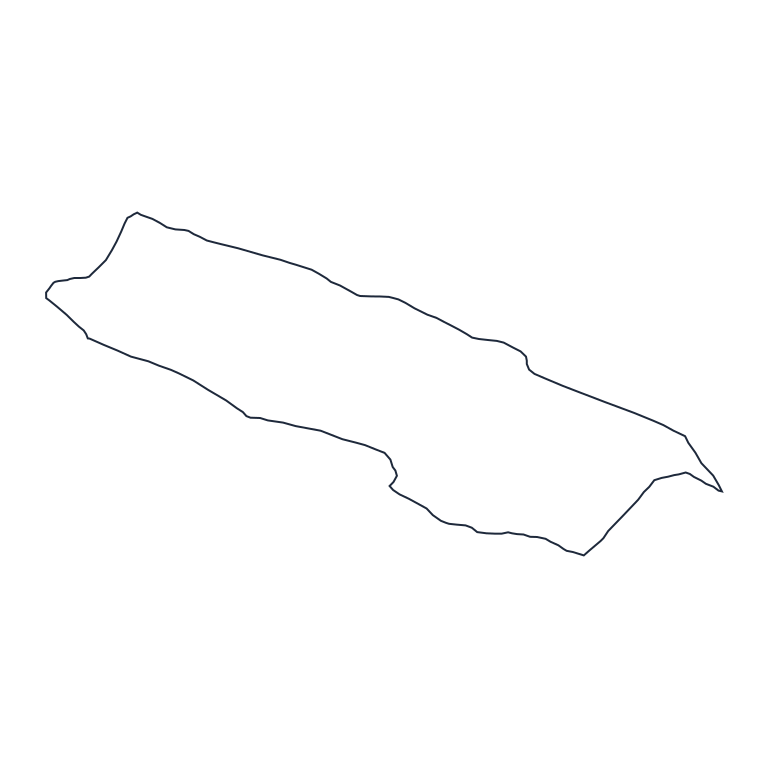 the district of Jokkmokk, Norrbotten, Sweden
{"feature_id": "70781695B36834641182296", "entity_name": "Jokkmokk", "entity_type": "district", "adm_level": 2, "iso_a3": "SWE", "parent_name": "Sweden", "parent_adm1": "Norrbotten", "projection": "robinson", "projection_center": [18.54, 66.923], "detail": "fine", "context": "isolated", "style": "outline", "palette": "slate", "viewbox_px": 768, "rotation_deg": 0, "n_neighbors": 0, "source": "geoboundaries", "source_scale": "gbopen_adm2", "svg_char_len": 2321}
<svg xmlns="http://www.w3.org/2000/svg" viewBox="0 0 768 768"><path d="M429.7,511.8L432.8,515.1L440.9,520.8L445.9,522.8L449.0,523.8L456.4,524.6L465.6,525.4L471.8,527.7L477.2,532.1L486.5,533.3L495.8,533.7L501.5,533.7L508.1,532.3L512.0,533.3L517.0,534.1L523.5,534.5L530.1,536.8L537.1,537.0L545.6,538.8L550.6,541.8L558.4,545.3L563.4,548.9L566.6,550.8L572.8,552.0L583.8,555.4L589.6,550.3L600.6,541.0L603.5,538.1L603.6,537.9L608.2,531.0L623.1,515.6L638.2,499.7L643.9,492.0L649.3,486.8L654.3,480.2L661.7,477.9L668.1,476.7L674.2,475.1L678.7,474.4L685.7,472.5L689.9,474.0L693.9,476.9L701.3,480.6L705.9,483.8L713.4,486.7L718.5,490.6L721.9,491.4L718.8,485.2L713.2,475.6L701.4,463.2L695.4,452.7L688.3,442.8L685.1,436.2L673.5,430.7L663.4,425.1L653.0,420.6L634.1,412.9L605.6,402.3L581.0,392.9L562.6,385.8L544.5,378.2L534.5,373.9L529.1,369.6L526.8,364.0L526.8,360.7L526.0,356.6L520.6,351.4L513.3,347.7L503.7,342.6L496.8,340.9L488.8,340.1L478.9,339.0L472.1,337.6L466.7,334.1L459.1,329.7L450.7,325.3L444.2,322.0L436.5,317.9L427.4,314.7L414.5,308.3L405.3,302.8L398.4,299.4L392.8,297.9L388.8,296.9L380.4,296.5L371.3,296.4L360.1,296.0L357.0,295.0L351.4,291.8L340.0,285.5L330.9,281.9L326.7,278.5L318.8,273.7L311.6,269.7L304.0,267.3L296.1,264.8L289.6,262.9L280.5,259.8L262.4,255.3L238.2,248.3L225.9,245.3L221.3,244.2L214.5,242.5L206.8,240.5L199.6,236.7L193.8,234.2L188.5,230.9L184.4,230.0L175.4,229.4L166.8,227.3L160.0,223.0L152.4,218.9L144.7,216.2L140.8,214.8L137.2,212.6L136.5,213.0L133.7,214.3L130.6,216.4L127.5,217.8L124.6,223.5L121.2,231.6L116.6,241.5L112.0,250.0L105.9,260.1L98.5,267.5L94.6,271.2L91.7,274.0L89.2,276.6L85.8,277.7L80.2,278.0L74.3,278.0L69.8,279.0L67.3,280.1L63.4,280.5L58.3,281.1L55.2,281.8L53.5,282.8L51.0,286.0L49.5,288.2L46.1,292.5L46.2,298.1L49.3,300.4L57.3,306.9L66.6,314.8L73.8,321.9L79.0,326.7L83.7,330.4L86.2,334.2L87.8,338.4L89.6,338.6L103.6,344.8L117.6,350.6L130.9,356.6L148.4,361.3L159.0,365.7L170.8,369.8L178.7,373.3L193.2,380.4L208.0,389.8L226.2,400.5L236.8,408.2L242.9,412.1L246.4,416.1L250.5,417.7L260.1,418.0L267.8,420.4L283.1,422.6L295.7,426.1L320.6,430.7L342.4,439.2L355.8,442.6L365.0,445.1L375.4,449.3L384.6,452.9L390.4,459.6L392.7,467.0L395.4,470.6L396.9,475.8L393.5,482.0L389.6,486.0L393.1,490.0L399.6,494.4L408.9,498.8L426.6,508.5L429.7,511.8Z" fill="none" stroke="#1e293b" stroke-width="2"/></svg>